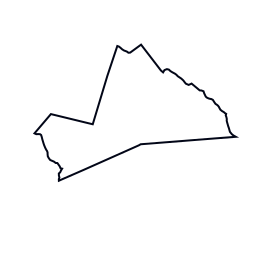 the district of São João do Cariri, Paraíba, Brazil, rotated 53°
{"feature_id": "56859067B8210995761368", "entity_name": "São João do Cariri", "entity_type": "district", "adm_level": 2, "iso_a3": "BRA", "parent_name": "Brazil", "parent_adm1": "Paraíba", "projection": "orthographic", "projection_center": [-36.484, -7.475], "detail": "fine", "context": "isolated", "style": "outline", "palette": "ink", "viewbox_px": 256, "rotation_deg": 53, "n_neighbors": 0, "source": "geoboundaries", "source_scale": "gbopen_adm2", "svg_char_len": 1332}
<svg xmlns="http://www.w3.org/2000/svg" viewBox="0 0 256 256"><g transform="rotate(53 128 128)"><path d="M199.9,47.2L197.4,48.3L195.4,48.8L192.4,48.9L190.6,48.2L188.8,47.5L186.6,46.8L185.1,46.2L183.5,45.6L181.6,44.8L180.3,43.7L178.6,42.9L176.7,42.3L175.8,41.1L174.5,41.6L173.0,41.9L171.1,42.7L169.0,43.2L167.4,43.0L165.8,42.7L164.4,42.7L163.0,43.0L161.4,43.6L159.0,43.5L156.6,43.3L155.1,44.0L154.0,45.0L152.8,45.9L151.0,46.8L149.6,47.0L148.2,46.7L146.2,46.3L144.1,45.6L142.2,46.8L141.1,48.1L130.8,50.5L130.1,53.6L127.5,55.1L125.8,55.2L123.3,55.2L120.6,55.7L116.6,57.1L114.6,57.3L112.9,57.8L111.6,58.4L110.1,59.1L108.0,59.9L106.0,60.2L104.4,61.5L103.7,64.0L104.7,66.5L101.9,67.1L69.3,67.4L69.1,80.9L68.1,82.4L66.3,82.9L65.0,83.7L63.8,84.5L61.7,85.3L59.6,85.7L57.6,86.2L56.1,87.2L74.0,113.2L103.8,153.9L98.7,158.1L88.8,166.2L70.5,181.2L76.0,205.9L77.7,205.0L78.8,203.4L80.0,202.0L81.3,201.6L83.3,202.3L85.6,203.3L87.8,204.1L89.4,204.7L91.2,205.3L93.9,206.0L96.1,206.4L97.6,206.5L99.0,206.9L100.7,208.1L102.4,209.1L104.5,209.4L106.7,209.4L108.5,208.4L110.2,207.4L112.4,206.8L113.5,205.5L117.4,205.6L119.6,206.1L120.8,205.1L121.6,207.0L122.6,208.9L122.7,210.6L124.4,211.8L126.3,212.6L127.2,214.0L128.5,214.9L134.8,188.5L148.4,129.6L148.6,127.7L171.4,91.9L177.3,82.6L199.9,47.2Z" fill="none" stroke="#020617" stroke-width="2"/></g></svg>